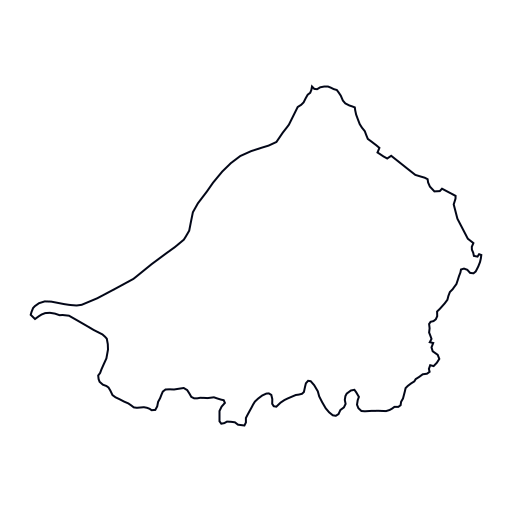 Barra do Quaraí, Rio Grande do Sul, Brazil
{"feature_id": "56859067B54951640947234", "entity_name": "Barra do Quaraí", "entity_type": "district", "adm_level": 2, "iso_a3": "BRA", "parent_name": "Brazil", "parent_adm1": "Rio Grande do Sul", "projection": "mercator", "projection_center": [-57.339, -30.127], "detail": "fine", "context": "isolated", "style": "outline", "palette": "ink", "viewbox_px": 512, "rotation_deg": 0, "n_neighbors": 0, "source": "geoboundaries", "source_scale": "gbopen_adm2", "svg_char_len": 3623}
<svg xmlns="http://www.w3.org/2000/svg" viewBox="0 0 512 512"><path d="M473.4,243.1L467.8,238.7L457.4,218.7L453.7,204.4L455.5,198.7L455.6,195.9L442.0,188.7L439.8,191.1L434.4,191.4L429.9,186.6L428.1,182.5L427.6,179.2L424.7,177.7L420.6,176.5L415.3,174.9L406.8,168.2L391.2,155.8L387.2,158.5L383.4,156.4L379.7,153.9L377.5,152.5L379.4,147.9L376.2,145.2L373.8,143.4L371.6,141.7L367.8,138.9L366.3,135.2L364.8,131.2L361.9,127.6L359.7,124.1L357.6,118.6L356.1,114.5L355.2,110.3L354.8,107.4L351.9,106.3L349.4,105.5L345.3,103.4L342.9,100.6L340.8,95.7L338.6,92.4L336.8,90.0L333.7,89.1L330.7,87.6L327.9,86.5L324.4,86.5L320.2,87.3L317.1,89.2L314.3,88.9L312.0,86.5L311.4,89.8L310.2,92.8L307.7,94.7L305.7,98.2L303.6,102.4L301.2,104.8L297.7,107.0L288.9,124.7L287.1,127.1L282.8,132.6L276.4,142.0L272.5,143.8L268.6,145.6L261.7,147.7L251.2,151.1L240.3,156.0L230.9,163.1L222.3,171.5L213.1,182.6L206.9,191.5L197.9,203.3L192.9,212.2L191.2,220.5L189.2,230.7L187.8,233.1L185.7,236.7L183.8,239.7L175.0,247.0L166.4,253.2L151.7,264.1L135.8,277.0L133.4,278.9L130.8,280.3L115.9,288.4L97.2,298.3L81.7,304.8L76.6,305.5L71.5,305.1L68.7,304.8L64.1,304.1L57.4,302.8L51.1,301.6L44.7,301.4L39.0,303.2L34.9,306.1L33.1,308.0L31.5,312.0L30.7,314.8L35.0,319.0L38.9,316.2L41.6,314.5L45.2,313.1L49.9,312.8L54.9,313.6L59.6,315.2L62.5,315.0L69.0,315.7L76.9,320.2L84.7,324.7L93.9,330.1L102.4,334.4L105.0,336.7L106.8,338.7L107.8,344.2L108.0,349.5L106.4,358.4L103.7,364.3L101.4,369.5L100.1,373.0L98.2,375.5L98.6,379.1L99.6,381.8L102.9,384.7L106.4,386.0L108.5,387.5L110.3,390.5L112.5,395.1L115.5,397.3L119.7,399.3L124.1,401.6L128.3,403.4L131.2,405.4L133.8,407.4L136.9,407.8L140.4,407.5L143.9,407.2L147.0,407.8L149.6,408.8L151.6,410.2L155.3,409.9L157.2,406.4L158.1,401.9L160.1,398.2L161.5,394.6L162.8,391.6L165.5,389.5L169.7,389.3L174.0,389.5L177.8,388.9L183.7,388.0L187.2,390.1L189.5,393.7L191.3,396.9L194.1,398.3L197.4,398.3L200.1,397.8L204.3,397.9L207.6,398.1L213.9,397.3L217.4,398.5L221.0,399.6L223.7,400.2L224.9,402.9L221.6,406.6L219.5,411.0L219.5,414.8L219.5,421.3L221.3,423.7L224.3,423.1L227.0,421.6L231.0,421.8L234.9,422.3L238.0,424.7L244.4,425.5L245.9,422.5L245.9,418.0L247.6,414.7L250.0,410.3L251.6,407.4L253.1,404.5L254.9,401.6L258.1,398.6L262.2,395.5L266.3,393.6L268.8,393.4L271.3,394.9L272.3,399.1L272.2,403.8L273.7,406.2L276.3,406.7L280.6,402.6L284.5,400.0L287.6,398.5L292.5,396.4L295.8,395.0L298.8,394.6L302.0,393.8L303.9,392.0L305.1,386.5L305.9,383.3L308.1,380.8L310.7,381.2L314.2,385.2L317.8,391.3L319.2,396.4L322.1,402.1L325.7,408.3L329.1,412.3L332.8,415.3L335.8,415.8L338.5,414.1L340.4,410.0L343.9,407.4L345.6,403.9L344.8,399.9L345.4,396.1L346.7,393.6L350.9,390.5L354.4,389.8L356.2,392.3L358.9,396.9L357.7,400.2L357.0,404.7L358.4,408.2L361.4,411.0L364.8,411.3L371.1,410.9L378.5,410.8L386.0,411.1L389.6,410.0L392.1,408.6L394.4,406.9L398.3,406.9L400.6,405.2L401.1,401.8L403.0,398.5L404.8,391.6L405.6,388.1L407.8,385.9L411.1,383.4L414.3,381.4L415.7,379.1L419.2,376.9L422.7,374.3L427.0,373.7L429.6,371.8L428.9,368.9L430.2,365.2L433.6,366.1L436.8,362.8L439.3,358.9L437.7,354.8L435.0,352.9L432.7,351.3L431.5,347.4L433.2,343.0L429.8,342.2L431.5,338.9L430.2,335.3L429.1,332.5L429.6,328.3L429.1,324.0L430.6,321.8L433.5,321.1L435.8,319.3L437.2,316.2L437.1,311.5L439.9,308.8L444.7,303.4L447.4,299.8L448.4,295.9L449.9,292.0L452.6,289.3L454.3,286.9L456.4,284.1L457.8,279.9L459.0,276.1L460.4,272.5L461.0,269.5L464.0,268.6L467.3,269.8L470.1,272.9L473.5,273.3L475.7,271.5L477.1,268.8L478.3,266.4L480.0,262.1L480.8,258.7L481.3,255.0L479.1,254.2L477.5,256.6L473.9,255.9L473.2,252.7L471.9,249.7L471.8,246.8L473.4,243.1Z" fill="none" stroke="#020617" stroke-width="2"/></svg>